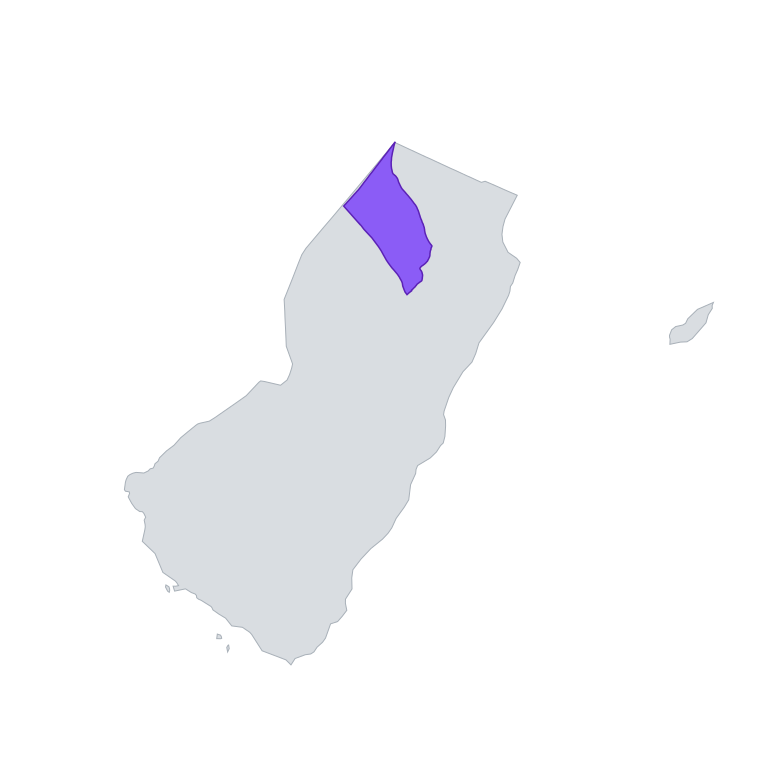 Rumah, Hadramawt, Yemen (highlighted), rotated 318°
{"feature_id": "15242507B71600093935687", "entity_name": "Rumah", "entity_type": "district", "adm_level": 2, "iso_a3": "YEM", "parent_name": "Yemen", "parent_adm1": "Hadramawt", "projection": "orthographic", "projection_center": [50.913, 17.827], "detail": "fine", "context": "in_parent", "style": "filled", "palette": "violet", "viewbox_px": 768, "rotation_deg": 318, "n_neighbors": 0, "source": "geoboundaries", "source_scale": "gbopen_adm2", "svg_char_len": 7839}
<svg xmlns="http://www.w3.org/2000/svg" viewBox="0 0 768 768"><g transform="rotate(318 384 384)"><path d="M609.3,332.9L584.3,342.4L577.8,346.6L571.8,351.7L567.3,358.0L564.3,369.2L566.7,379.3L566.5,384.8L560.0,388.4L554.0,391.1L547.3,395.1L543.2,396.1L539.8,399.2L535.9,401.5L521.9,407.2L506.5,411.7L482.1,417.0L472.6,422.7L464.0,426.6L450.9,427.7L433.0,433.1L423.0,437.4L410.5,444.4L407.8,446.6L405.6,451.9L401.7,456.4L394.2,463.7L388.5,467.5L384.8,467.6L377.5,469.6L368.9,469.9L354.4,467.1L350.7,468.9L347.6,471.7L336.4,476.6L324.9,486.6L316.6,489.1L303.1,492.0L293.6,496.1L287.3,497.6L279.1,498.3L264.1,497.5L249.9,498.7L236.6,501.2L230.3,506.5L223.1,514.9L211.4,518.1L208.6,521.1L204.9,527.3L197.4,528.7L190.6,529.5L183.8,526.5L170.5,533.7L165.6,534.8L158.1,534.8L152.7,536.2L148.9,535.6L144.3,532.5L134.3,528.5L126.9,530.5L126.5,523.3L114.9,500.7L118.1,481.5L118.1,478.8L116.0,470.1L109.0,461.9L109.6,452.0L107.4,444.8L105.7,437.4L106.4,435.4L106.6,433.7L103.3,422.2L102.2,419.9L101.8,417.5L103.1,415.7L103.1,413.6L101.3,410.1L99.4,403.4L89.8,397.8L92.0,393.1L93.8,394.8L96.4,396.4L97.0,393.3L97.1,390.9L93.6,376.1L100.4,356.8L99.1,339.2L108.6,332.4L111.0,330.4L112.4,328.6L114.7,324.7L117.8,323.5L119.0,319.3L119.0,317.2L117.1,315.3L115.9,310.3L116.6,304.1L117.2,301.5L118.4,296.7L121.7,295.1L122.5,293.7L120.1,290.6L120.4,288.8L126.1,284.0L128.3,282.6L131.9,281.1L134.6,281.3L137.8,282.3L140.6,283.8L143.2,286.5L146.0,289.5L150.5,290.8L153.5,290.6L156.0,292.0L158.1,291.4L160.5,290.0L164.4,290.2L167.9,288.6L177.6,288.2L187.1,289.0L197.0,287.9L206.8,288.3L216.7,288.8L218.9,289.1L221.0,290.0L229.3,294.7L235.6,295.8L248.3,297.4L261.9,299.1L273.7,300.5L283.8,299.7L292.1,299.0L294.4,299.2L296.8,302.1L301.7,309.1L306.3,315.7L314.6,316.2L320.0,313.9L325.9,310.5L329.5,307.9L333.8,297.4L336.6,290.6L342.9,283.0L348.1,276.7L355.0,268.2L358.9,263.6L366.4,254.3L373.5,250.8L387.3,244.0L400.7,237.2L409.5,232.9L416.9,230.9L429.3,229.2L443.9,227.2L458.5,225.3L474.0,223.1L491.3,220.7L503.2,219.0L518.3,216.8L530.9,215.0L542.1,213.4L553.6,211.7L555.8,216.8L558.0,222.0L560.2,227.2L562.4,232.3L564.6,237.5L566.8,242.7L569.1,247.8L571.3,253.0L573.5,258.2L575.7,263.3L577.9,268.5L580.2,273.6L582.4,278.8L584.6,284.0L586.9,289.1L589.1,294.3L591.3,299.3L594.8,301.0L597.0,305.7L600.1,312.5L603.1,319.3L606.2,326.1L609.3,332.9ZM645.5,540.1L648.7,540.7L653.4,538.8L666.9,538.3L683.4,543.8L680.3,545.3L678.5,547.5L671.3,549.5L664.2,554.0L643.5,556.5L637.4,555.4L632.3,551.2L623.0,545.8L626.6,542.2L627.4,540.5L628.7,538.9L634.0,536.2L639.2,536.5L645.5,540.1ZM93.9,463.3L93.2,464.4L92.3,464.1L89.3,461.3L92.8,458.3L94.5,461.3L93.9,463.3ZM86.6,394.0L85.0,395.1L84.6,393.1L85.8,388.6L87.5,387.4L88.5,390.7L87.7,392.6L86.6,394.0ZM91.9,477.1L88.5,478.5L90.9,474.5L93.3,473.8L93.9,474.0L91.9,477.1Z" fill="#d9dde1" stroke="#a8b0b8" stroke-width="1"/><path d="M528.2,250.1L528.2,249.7L528.3,249.4L529.0,246.9L529.2,246.1L529.5,245.4L529.8,244.1L530.9,241.7L531.1,241.3L531.2,241.1L531.3,240.8L531.4,240.4L531.6,239.8L531.6,239.2L531.7,238.5L531.8,237.9L531.8,237.7L531.8,237.2L531.8,236.9L531.8,236.6L531.7,236.3L531.6,236.1L531.6,235.6L531.6,235.4L531.5,234.9L531.5,234.7L531.4,234.3L531.4,234.1L531.4,233.8L531.5,233.4L531.6,233.0L531.7,232.7L531.8,232.6L532.0,232.1L532.9,230.6L533.4,229.7L533.8,228.9L535.1,227.1L535.7,226.3L535.9,226.1L537.8,223.9L539.1,222.8L541.1,220.8L543.6,218.9L545.0,217.8L548.0,215.7L551.0,213.5L551.2,213.4L552.8,212.4L553.1,212.2L553.8,211.9L554.2,211.7L554.5,211.6L553.5,211.7L552.1,212.0L550.7,212.2L549.5,212.4L548.2,212.7L547.0,212.9L545.7,213.1L544.2,213.4L542.9,213.7L541.7,213.9L540.2,214.2L539.4,214.3L537.8,214.6L536.5,214.8L535.5,215.0L533.9,215.3L532.7,215.6L531.4,215.8L529.9,216.1L528.7,216.3L527.4,216.5L526.3,216.8L524.9,217.0L523.6,217.2L522.2,217.5L521.0,217.7L519.7,218.0L518.6,218.2L517.1,218.5L515.8,218.7L514.5,218.9L513.5,219.1L511.8,219.4L510.6,219.7L509.4,219.9L508.0,220.2L506.6,220.4L505.6,220.6L504.3,220.8L502.8,221.1L501.6,221.4L500.2,221.6L498.9,221.9L497.6,222.1L496.5,222.3L495.0,222.6L493.7,222.7L492.5,222.8L491.1,223.0L489.8,223.1L488.5,223.2L487.1,223.4L485.8,223.5L484.5,223.7L483.1,223.8L482.2,223.9L480.4,224.1L479.2,224.2L478.0,224.3L476.8,224.5L475.0,224.6L473.5,224.8L473.1,224.8L472.9,248.2L473.0,248.1L473.0,251.0L473.0,251.3L472.7,254.3L472.6,255.8L472.7,262.4L472.8,267.2L472.6,269.4L471.8,278.2L471.4,280.8L471.0,283.3L469.8,288.3L469.7,288.9L468.6,293.7L468.5,294.5L468.1,297.4L467.6,302.9L467.6,305.9L467.4,311.5L466.9,315.0L466.6,316.0L465.9,319.2L465.4,320.6L465.1,321.3L463.5,323.7L462.1,327.2L461.4,329.2L461.2,329.7L460.9,333.0L461.4,333.0L461.8,333.0L462.2,333.0L462.3,333.0L462.6,333.0L463.0,333.0L463.4,333.0L463.8,333.0L464.2,333.0L464.5,333.0L464.9,333.1L465.3,333.1L465.7,333.1L466.1,333.2L466.9,333.2L466.9,332.9L467.0,332.8L467.1,332.7L467.3,332.7L467.6,332.7L467.9,332.7L468.2,332.7L468.4,332.7L468.7,332.7L469.0,332.7L469.5,332.7L470.0,332.6L470.5,332.6L470.8,332.6L471.0,332.6L471.3,332.6L471.6,332.6L471.8,332.6L472.1,332.6L472.3,332.5L472.6,332.5L472.9,332.4L473.1,332.4L473.4,332.3L473.7,332.3L474.0,332.3L474.2,332.2L474.5,332.2L474.9,332.0L475.2,332.0L475.4,332.0L475.7,332.0L476.0,332.0L476.3,332.0L476.5,332.1L476.8,332.1L477.0,332.1L477.3,332.1L477.5,332.2L477.8,332.2L478.1,332.2L478.4,332.2L478.7,332.2L478.9,332.3L479.2,332.3L479.4,332.3L479.7,332.4L480.0,332.4L480.3,332.5L480.6,332.5L480.8,332.5L481.1,332.5L481.3,332.4L481.5,332.3L481.8,332.2L482.0,332.0L482.2,331.9L482.4,331.7L482.6,331.5L482.9,331.3L483.1,331.2L483.3,331.0L483.5,330.8L483.6,330.6L483.9,330.4L484.1,330.2L484.3,330.1L484.5,329.9L484.7,329.7L484.9,329.5L485.2,329.3L485.3,329.1L485.5,328.9L485.7,328.7L485.8,328.4L486.0,328.2L486.1,327.9L486.2,327.7L486.4,327.4L486.5,327.1L486.7,326.9L486.8,326.7L486.9,326.4L487.0,326.2L487.1,325.9L487.1,325.7L487.3,325.4L487.3,325.2L487.4,324.9L487.4,324.7L487.4,324.2L487.5,323.8L487.5,323.5L487.5,323.3L487.6,323.0L487.7,322.7L487.9,322.2L488.0,322.0L488.3,321.9L488.5,321.9L488.8,321.8L489.0,321.8L489.2,321.7L489.5,321.7L489.8,321.6L490.0,321.6L490.3,321.6L490.6,321.6L490.8,321.6L491.1,321.6L491.3,321.7L491.6,321.7L491.9,321.7L492.2,321.8L492.5,321.8L492.8,321.9L493.1,321.9L493.3,321.9L493.6,321.9L493.8,321.9L494.1,322.0L494.4,322.0L494.6,322.0L494.9,322.0L495.2,322.0L495.5,322.0L496.0,322.0L496.3,322.0L496.5,321.9L496.8,321.9L497.1,321.9L497.4,321.8L497.7,321.8L497.9,321.8L498.2,321.8L498.4,321.8L498.7,321.7L499.0,321.6L499.2,321.4L499.4,321.4L499.7,321.3L500.0,321.2L500.3,321.1L500.6,321.0L500.8,320.9L501.1,320.8L501.3,320.7L501.7,320.5L501.9,320.4L502.2,320.3L502.4,320.2L502.7,320.1L502.9,320.0L503.2,319.8L503.4,319.7L503.7,319.5L503.9,319.3L504.1,319.2L504.3,319.0L504.5,318.8L504.7,318.6L504.9,318.4L505.0,318.2L505.3,318.0L505.4,317.8L505.6,317.6L505.8,317.5L506.1,317.3L506.3,317.1L506.5,316.9L506.7,316.7L506.9,316.5L507.1,316.4L507.3,316.3L507.6,316.1L507.8,316.0L508.1,315.8L508.3,315.7L508.6,315.5L508.8,315.4L509.1,315.3L509.3,315.1L509.5,314.9L509.7,314.7L509.9,314.5L510.1,314.4L510.4,314.3L510.5,314.3L510.7,314.2L510.9,314.1L511.0,314.0L511.4,313.9L511.5,313.8L511.7,313.7L512.0,313.5L512.0,313.4L512.2,312.1L512.2,311.2L512.2,310.9L512.3,310.3L512.4,309.2L512.6,308.1L512.7,307.6L512.9,306.8L513.0,306.4L513.4,304.8L513.6,304.3L513.9,303.2L514.7,301.3L515.2,300.0L515.9,298.7L516.9,297.1L517.4,296.5L517.9,295.7L518.6,294.6L519.5,292.5L520.0,291.6L520.6,289.4L520.7,289.2L521.5,287.4L521.9,286.1L521.9,285.9L522.2,285.3L522.4,284.8L522.7,284.1L523.3,282.9L524.1,281.0L524.8,279.6L524.9,279.3L525.4,278.2L525.9,276.5L526.0,276.2L526.5,274.9L526.8,273.8L527.0,272.6L527.1,272.3L527.2,270.6L527.2,270.1L527.5,267.3L527.5,267.0L527.7,265.1L527.8,262.3L527.9,260.5L527.9,259.6L527.9,256.6L528.0,256.5L528.0,255.6L528.0,251.7L528.0,251.1L528.2,250.1Z" fill="#8b5cf6" stroke="#5b21b6" stroke-width="1.5"/></g></svg>